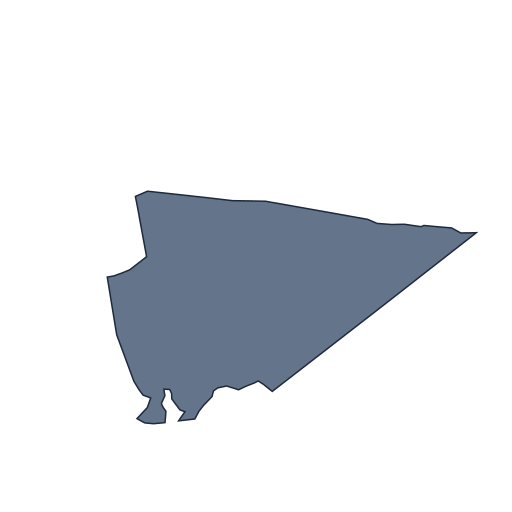 Carjew, Chardzhou, Turkmenistan, rotated 144°
{"feature_id": "10190150B55240389541589", "entity_name": "Carjew", "entity_type": "district", "adm_level": 2, "iso_a3": "TKM", "parent_name": "Turkmenistan", "parent_adm1": "Chardzhou", "projection": "natural_earth1", "projection_center": [63.051, 38.709], "detail": "fine", "context": "isolated", "style": "filled", "palette": "slate", "viewbox_px": 512, "rotation_deg": 144, "n_neighbors": 0, "source": "geoboundaries", "source_scale": "gbopen_adm2", "svg_char_len": 1459}
<svg xmlns="http://www.w3.org/2000/svg" viewBox="0 0 512 512"><g transform="rotate(144 256 256)"><path d="M228.5,304.1L242.5,314.6L258.9,329.7L265.8,336.0L305.7,372.2L318.5,375.1L318.9,374.4L322.3,367.0L326.8,357.5L327.2,356.8L344.9,319.8L345.7,319.7L365.2,319.1L366.0,319.0L375.1,321.2L378.4,322.2L382.6,323.4L385.7,324.9L388.7,326.4L415.0,274.2L424.7,239.7L428.4,226.5L429.2,217.0L429.2,213.0L429.1,209.7L424.8,203.4L424.6,203.1L432.9,197.3L436.6,196.6L447.9,194.4L447.6,193.8L445.7,189.6L444.1,186.4L443.5,185.8L437.4,180.5L428.0,174.9L427.6,174.7L426.8,175.5L426.6,175.8L423.1,179.8L420.7,182.7L420.1,183.4L420.1,185.8L420.1,187.6L420.1,187.8L419.4,192.0L418.8,192.5L411.8,196.6L409.7,200.7L408.8,202.4L408.5,202.2L405.6,199.8L404.3,198.8L404.7,196.5L404.9,195.5L405.1,194.4L406.6,192.1L408.1,190.0L408.1,189.3L408.1,188.7L408.1,184.9L408.0,176.2L406.0,173.2L405.0,171.8L410.0,170.1L410.9,169.8L415.5,168.1L401.3,160.1L394.3,163.5L393.8,163.8L386.2,166.0L383.2,166.5L374.2,168.1L371.6,170.3L369.7,171.8L366.9,171.8L364.8,171.8L364.5,171.8L363.6,171.4L356.2,168.1L352.1,162.6L348.7,158.0L340.4,156.5L332.2,154.3L327.7,153.6L325.6,148.3L325.4,147.8L323.6,141.1L322.4,136.9L186.6,141.1L65.8,145.3L64.1,145.4L69.2,148.9L76.8,154.3L79.5,160.0L81.3,163.8L90.6,171.8L94.7,175.4L102.2,182.0L105.2,182.7L112.4,189.7L117.2,194.4L124.2,199.3L127.7,201.7L138.9,211.2L144.1,220.0L216.1,294.7L228.5,304.1Z" fill="#64748b" stroke="#1e293b" stroke-width="1.5"/></g></svg>